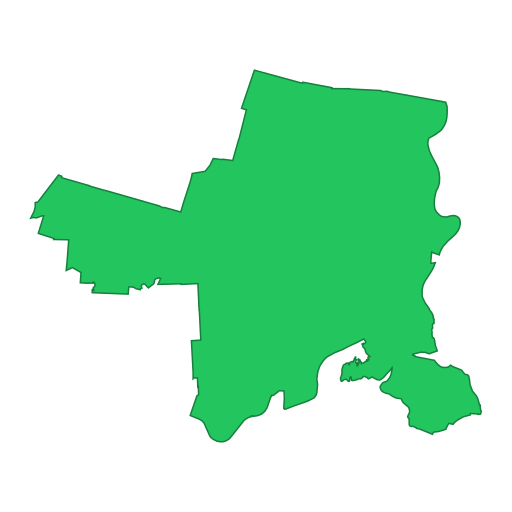 the district of Stancuta, Braila, Romania
{"feature_id": "2599482B41841434061539", "entity_name": "Stancuta", "entity_type": "district", "adm_level": 2, "iso_a3": "ROU", "parent_name": "Romania", "parent_adm1": "Braila", "projection": "natural_earth1", "projection_center": [27.868, 44.908], "detail": "fine", "context": "isolated", "style": "filled", "palette": "green", "viewbox_px": 512, "rotation_deg": 0, "n_neighbors": 0, "source": "geoboundaries", "source_scale": "gbopen_adm2", "svg_char_len": 6065}
<svg xmlns="http://www.w3.org/2000/svg" viewBox="0 0 512 512"><path d="M432.5,434.3L433.2,432.6L433.9,432.1L438.8,431.5L445.9,429.3L446.1,428.8L446.0,428.6L448.7,423.4L453.1,424.3L454.8,422.2L457.4,420.2L463.4,416.8L470.4,414.9L470.4,413.5L478.2,414.0L478.2,414.4L480.0,414.3L480.6,414.0L481.3,411.4L480.8,410.6L480.4,408.4L480.2,405.1L479.6,405.1L477.8,398.7L476.4,395.9L472.5,391.2L470.1,384.8L469.4,379.1L468.6,375.9L467.5,374.8L464.7,374.2L461.6,370.1L452.6,366.5L450.6,365.1L448.8,366.7L447.8,367.1L445.8,367.5L442.3,367.3L440.7,366.7L438.4,365.0L435.6,362.0L434.4,360.3L414.8,356.5L414.8,355.7L412.6,355.1L412.7,354.2L420.5,352.3L422.0,352.2L423.6,352.4L424.7,352.2L429.2,353.8L437.3,350.9L435.3,345.2L434.7,340.9L433.9,338.2L433.3,337.7L432.5,337.6L431.8,333.6L432.2,333.2L432.2,332.9L431.8,330.9L431.9,328.7L432.5,328.4L432.7,328.0L432.4,325.5L432.9,323.8L433.7,323.6L434.1,323.1L434.1,322.8L433.9,322.9L433.9,322.7L434.1,319.5L433.6,319.0L433.3,318.0L433.6,317.8L433.3,317.2L433.0,315.3L431.7,312.7L429.4,309.6L429.4,308.9L425.1,302.8L422.8,298.1L422.2,296.2L422.1,294.8L422.2,289.9L422.8,286.5L423.2,285.0L424.9,281.3L431.7,270.8L433.5,267.4L435.3,262.7L431.0,263.3L430.8,261.8L431.7,252.0L433.6,253.0L439.3,254.9L439.6,253.4L441.0,249.9L443.1,246.4L447.8,241.1L452.5,237.0L456.0,233.5L458.0,230.8L459.5,227.6L460.3,223.7L460.1,220.6L459.5,218.9L458.6,217.6L457.1,216.5L455.4,215.8L453.3,215.5L449.5,216.1L446.6,217.0L443.9,216.8L441.3,216.3L439.2,214.8L436.2,211.6L435.0,209.1L434.5,206.9L434.2,202.8L434.7,197.3L436.0,191.8L436.4,190.6L437.9,187.8L438.7,185.5L439.4,182.6L439.6,178.0L439.5,176.3L439.0,172.4L438.0,168.2L436.6,165.1L431.6,155.7L429.3,150.6L428.1,145.8L427.9,144.1L427.9,141.9L428.7,138.5L428.9,138.2L436.0,134.1L440.9,130.4L442.0,129.2L444.6,125.0L445.7,122.4L446.3,120.2L446.7,118.3L447.1,114.5L447.2,110.5L447.1,106.6L445.7,102.2L389.1,92.0L387.4,91.3L382.6,91.5L380.7,90.5L350.4,89.0L349.5,88.7L331.7,88.6L332.0,87.7L302.8,82.2L302.5,83.3L254.4,70.2L241.5,108.3L246.4,109.8L239.0,139.0L238.7,139.4L232.7,160.5L222.4,159.2L221.8,159.6L213.2,158.5L209.9,165.4L205.1,171.3L192.2,173.5L191.5,177.1L190.0,182.5L183.7,202.0L180.7,212.0L164.3,207.4L163.5,207.7L162.5,207.5L159.2,205.9L105.2,190.4L103.9,190.2L98.8,188.7L88.9,185.8L89.0,185.6L62.2,177.9L61.8,177.7L61.5,177.0L61.8,176.3L58.5,175.0L38.1,201.7L37.5,202.2L36.0,202.3L35.2,202.6L35.2,207.1L34.1,211.3L30.7,218.2L33.2,217.5L36.4,217.9L41.7,216.0L43.7,215.8L38.3,233.4L54.1,238.5L53.7,239.5L68.7,239.8L67.1,261.2L66.2,270.5L72.4,267.6L81.0,272.5L80.3,282.8L85.4,283.1L93.1,283.1L93.1,282.2L93.9,282.1L94.2,282.9L95.0,283.9L94.9,285.8L94.0,287.1L93.1,288.0L93.0,288.5L93.7,289.7L93.8,290.5L93.3,290.3L92.6,289.6L92.2,289.8L92.2,292.7L128.2,294.1L128.8,286.9L129.0,286.8L133.4,287.2L134.3,287.6L135.9,288.7L140.1,289.7L140.0,289.0L141.5,288.5L142.0,288.1L141.7,287.6L141.3,286.1L141.4,285.6L141.6,285.1L143.3,284.1L144.2,283.9L145.2,284.5L147.7,287.3L148.6,287.9L149.0,287.4L153.4,284.1L154.1,283.1L154.5,281.7L154.6,280.0L155.8,278.8L158.6,277.9L160.6,278.6L157.9,284.4L180.9,283.8L181.0,284.4L197.9,283.6L199.1,310.0L199.3,310.0L200.8,340.1L191.4,340.7L193.1,372.0L193.1,378.8L193.9,378.0L197.4,377.9L197.8,386.8L198.3,386.4L198.6,394.7L196.9,395.8L190.2,415.5L198.7,418.9L201.0,420.2L202.4,421.2L204.2,423.4L209.8,436.0L211.3,437.9L213.4,439.4L216.5,441.0L217.9,441.4L220.7,441.8L222.4,441.8L225.0,441.2L226.6,440.5L229.2,438.9L231.8,435.9L243.9,420.6L245.6,419.2L248.3,417.6L251.1,416.7L251.1,416.1L252.7,415.7L253.5,416.0L253.3,416.3L257.4,415.7L261.4,414.2L263.2,412.8L264.7,411.4L267.0,407.9L271.1,396.1L271.4,396.2L271.7,395.2L272.9,395.5L273.6,395.2L279.4,390.7L284.0,391.0L284.3,397.9L283.8,408.4L284.5,409.2L285.7,409.1L293.7,406.0L307.8,401.1L313.8,398.0L314.7,397.1L315.6,395.9L316.4,394.5L316.8,392.6L317.1,390.0L317.6,384.5L316.8,379.0L317.8,371.9L319.0,368.2L319.6,366.7L320.6,364.7L323.5,360.5L325.5,358.3L327.4,356.7L334.7,352.7L342.9,349.4L348.3,346.5L357.2,342.4L363.9,339.0L365.7,341.7L365.4,342.8L363.2,344.4L362.8,344.8L362.7,345.3L362.5,344.6L363.7,343.9L363.3,343.3L362.0,344.1L362.5,344.6L362.9,346.6L363.2,347.2L365.0,349.0L365.3,350.7L366.3,353.3L370.0,356.6L368.4,356.9L368.0,357.2L368.0,358.5L368.8,359.3L368.9,359.8L367.2,359.9L366.7,359.7L366.4,360.4L367.3,360.6L367.4,361.0L365.4,361.7L361.7,363.7L361.3,363.3L361.3,362.1L360.9,362.1L360.2,361.4L360.2,360.5L360.0,360.3L359.9,359.9L359.7,359.6L359.0,359.5L358.4,358.9L358.2,359.1L358.7,359.6L358.8,360.0L358.2,360.4L358.2,361.0L358.7,361.0L358.7,360.4L359.2,360.4L359.5,360.6L359.6,361.6L359.5,362.0L359.2,362.2L358.4,364.2L357.3,365.9L357.0,365.8L356.9,365.3L357.0,363.8L357.8,362.9L357.6,362.7L356.2,363.0L355.6,362.2L355.9,360.7L356.6,359.8L356.3,359.5L355.4,359.3L355.7,357.4L355.7,357.1L355.3,357.0L354.8,358.3L354.3,358.7L354.1,360.1L353.6,360.5L353.1,361.8L352.7,362.0L352.3,361.6L351.9,361.6L349.8,362.5L349.6,363.0L349.6,364.0L349.2,364.7L348.8,364.5L348.3,363.0L347.5,363.0L346.1,363.3L345.3,364.1L344.1,364.6L343.3,365.3L342.4,367.8L341.9,370.1L342.0,372.9L341.7,374.8L340.5,378.1L340.5,379.3L341.0,380.1L340.9,380.7L341.1,381.0L341.8,381.4L344.5,379.5L345.8,379.3L347.0,379.7L347.6,380.7L348.3,381.3L349.1,381.3L349.4,381.2L349.8,379.4L350.0,377.4L350.6,376.9L351.2,377.2L351.5,380.2L351.8,380.5L352.8,380.6L357.0,379.7L357.9,379.0L360.5,378.8L361.6,378.5L362.9,376.9L364.0,376.4L365.0,376.6L367.2,377.7L367.9,378.5L368.4,378.8L369.4,378.5L371.9,377.0L377.3,379.8L379.5,380.0L380.6,379.8L383.9,377.1L387.5,373.0L390.5,369.9L392.1,367.6L392.2,368.2L391.1,374.4L389.7,377.6L387.5,380.5L387.0,381.0L386.0,381.5L383.3,382.4L382.5,383.0L380.4,385.9L380.1,386.9L380.2,388.0L381.1,390.1L382.3,391.5L384.2,392.5L386.5,393.4L388.8,393.8L392.5,396.3L395.2,397.7L396.9,398.2L400.9,398.7L401.5,399.2L402.3,401.3L403.2,402.6L408.2,406.9L409.0,408.2L409.7,411.3L409.4,412.6L407.6,416.6L407.8,417.3L408.9,418.4L409.1,419.5L409.2,424.5L409.6,425.7L410.2,426.1L411.4,426.5L412.7,426.3L413.2,426.5L416.1,427.7L416.5,428.4L419.2,428.9L432.5,434.3Z" fill="#22c55e" stroke="#15803d" stroke-width="1.5"/></svg>